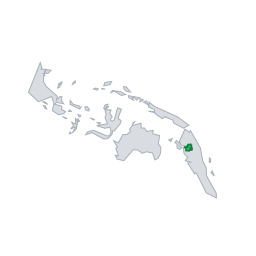 location of Musi Banyuasin, Sumatera Selatan, Indonesia, rotated 198°
{"feature_id": "22746128B84212736337013", "entity_name": "Musi Banyuasin", "entity_type": "district", "adm_level": 2, "iso_a3": "IDN", "parent_name": "Indonesia", "parent_adm1": "Sumatera Selatan", "projection": "orthographic", "projection_center": [103.65, -2.496], "detail": "fine", "context": "in_parent", "style": "filled", "palette": "green", "viewbox_px": 256, "rotation_deg": 198, "n_neighbors": 0, "source": "geoboundaries", "source_scale": "gbopen_adm2", "svg_char_len": 5417}
<svg xmlns="http://www.w3.org/2000/svg" viewBox="0 0 256 256"><g transform="rotate(198 128 128)"><path d="M92.6,106.0L96.9,111.8L103.2,111.1L106.5,108.4L112.0,110.0L116.3,109.0L121.8,95.7L128.6,95.0L131.8,98.2L128.4,98.5L133.3,104.9L132.0,106.4L137.7,111.5L132.6,110.9L130.9,120.1L127.0,121.4L124.8,125.0L126.1,127.5L124.6,131.6L117.1,136.6L115.4,132.0L112.3,133.1L109.1,130.5L103.4,133.5L102.6,130.2L95.6,130.6L94.3,122.2L90.8,119.9L89.3,114.2L89.9,108.6L92.6,106.0ZM22.3,88.8L33.5,90.5L48.0,105.2L49.7,106.4L50.5,104.9L60.3,113.1L57.9,114.9L63.4,114.5L62.3,118.7L66.8,121.0L69.2,126.2L68.2,128.7L71.9,127.6L75.0,131.2L73.5,144.5L68.1,143.0L67.9,144.9L53.1,131.5L46.9,120.0L41.3,114.2L38.5,106.8L23.9,93.2L22.3,88.8ZM233.7,131.2L231.7,163.1L228.4,158.5L228.9,157.2L224.0,158.5L225.0,155.4L223.8,153.7L224.3,153.5L225.0,153.6L225.5,153.5L223.3,152.1L224.4,151.8L222.6,145.9L218.5,142.2L205.0,136.3L204.6,132.6L202.6,136.7L200.5,137.4L199.9,133.6L196.6,131.1L204.0,130.4L205.0,127.9L198.1,128.4L196.6,125.0L192.5,124.3L193.7,121.5L198.6,119.2L205.3,121.2L206.2,128.9L210.5,134.3L221.2,125.3L233.7,131.2ZM165.2,111.9L160.0,115.2L145.2,113.9L143.4,115.1L142.8,119.1L145.6,123.2L149.9,120.6L158.5,120.5L148.8,125.7L153.1,130.8L152.9,134.3L155.7,138.2L149.7,139.9L149.9,136.6L146.5,133.7L147.4,130.0L145.5,129.5L143.6,130.9L144.1,143.9L140.0,143.9L140.5,136.2L139.8,133.6L137.0,133.0L136.7,129.7L140.2,120.8L141.8,120.6L141.2,116.8L143.8,111.7L147.6,110.0L160.8,112.5L166.2,108.5L165.2,111.9ZM75.1,145.0L86.1,146.8L87.8,149.3L96.3,150.1L98.3,147.5L106.5,150.0L108.7,153.6L115.3,154.4L115.2,157.3L116.0,159.1L109.7,156.7L84.0,153.8L71.1,149.5L75.1,145.0ZM178.1,112.8L182.3,109.4L180.5,113.4L183.3,116.0L178.8,115.5L181.2,121.4L177.9,118.2L176.7,111.4L179.4,106.2L178.1,112.8ZM180.0,131.1L190.5,132.6L191.4,136.2L187.3,133.5L181.4,134.0L179.7,132.5L178.7,134.2L180.0,131.1ZM154.5,158.8L146.3,160.3L140.7,159.0L144.5,156.9L152.4,158.9L155.2,156.4L154.5,158.8ZM131.2,156.3L136.7,157.0L137.5,158.9L126.5,160.4L128.4,157.3L132.1,159.1L133.4,158.4L131.2,156.3ZM164.1,160.6L164.1,164.1L157.9,167.2L158.4,163.8L164.1,160.6ZM75.1,124.1L76.6,128.0L78.8,128.6L78.1,131.0L74.8,129.8L73.8,126.6L70.6,125.9L72.2,123.7L75.1,124.1ZM222.5,158.7L219.0,159.1L221.0,155.2L223.8,154.4L224.6,155.9L222.5,158.7ZM141.5,162.4L143.9,164.1L145.0,166.0L142.4,166.6L136.6,163.0L141.5,162.4ZM174.0,132.1L175.6,134.8L173.2,135.7L170.4,133.6L170.5,132.1L174.0,132.1ZM115.6,156.2L121.4,157.4L118.7,159.5L115.6,156.2ZM124.8,156.5L125.5,159.8L122.1,159.3L124.8,156.5ZM85.7,129.2L82.7,131.7L83.0,128.5L85.7,129.2ZM207.2,144.3L207.6,148.6L206.5,148.7L205.6,145.6L207.2,144.3ZM113.8,150.3L109.3,151.5L107.3,150.8L113.8,150.3ZM157.1,139.0L157.0,142.8L154.4,144.4L155.5,139.3L157.1,139.0ZM31.1,109.0L35.3,111.2L34.7,113.2L31.1,109.0ZM41.3,124.7L39.7,123.9L38.9,120.7L40.2,120.6L41.3,124.7ZM192.7,156.5L192.0,155.0L194.3,152.2L194.1,154.7L192.7,156.5ZM189.8,117.6L194.0,118.7L189.2,118.2L189.8,117.6ZM163.0,124.9L167.1,126.0L162.6,125.8L163.0,124.9ZM155.1,140.8L152.8,142.7L154.8,139.3L155.1,140.8ZM211.3,120.9L213.4,121.4L215.4,123.2L213.5,123.6L211.3,120.9ZM172.9,154.5L171.4,155.9L168.3,156.0L169.2,154.4L172.9,154.5ZM206.8,149.3L205.8,151.2L204.8,151.1L205.1,148.0L206.8,149.3ZM179.9,125.2L177.3,125.5L176.6,124.8L177.7,123.5L179.9,125.2ZM211.6,125.6L214.6,126.0L217.5,126.8L214.7,127.1L211.6,125.6ZM156.1,122.4L158.9,123.7L156.0,124.4L156.1,122.4ZM182.0,106.2L180.2,105.8L181.9,104.3L182.0,106.2ZM161.8,158.0L164.9,156.9L165.2,157.6L161.8,158.0ZM189.7,125.5L189.2,127.3L187.0,126.3L188.1,125.8L189.7,125.5ZM124.9,134.7L123.6,135.9L124.7,132.2L124.9,134.7ZM177.4,118.5L178.8,121.0L178.2,121.3L176.2,119.4L177.4,118.5Z" fill="#d9dde1" stroke="#a8b0b8" stroke-width="1"/><path d="M65.8,124.4L64.5,124.7L64.0,124.8L63.9,124.9L63.4,125.0L63.2,125.0L62.8,125.2L62.7,125.2L62.7,125.3L62.6,125.5L62.8,125.7L62.8,125.8L62.8,126.0L62.7,126.0L62.7,126.3L62.8,126.4L62.8,126.5L62.7,126.6L62.4,126.6L62.3,126.8L62.4,127.0L62.3,127.3L62.3,127.5L62.2,127.4L62.1,127.2L61.9,127.1L61.8,126.9L61.7,126.9L61.6,126.7L61.4,126.5L61.4,126.4L61.1,126.4L61.0,126.5L61.0,126.8L61.0,127.0L61.2,127.3L60.9,127.4L60.8,127.5L60.7,127.5L60.7,127.4L60.4,127.4L60.2,127.4L60.2,127.5L60.3,127.7L60.4,127.8L60.5,127.9L60.6,128.0L60.8,128.0L61.0,128.2L61.1,128.3L61.3,128.3L61.3,128.2L61.5,128.0L61.4,128.1L61.5,128.2L61.6,128.3L61.8,128.3L61.8,128.5L61.8,129.0L61.6,129.3L61.4,129.4L61.8,129.8L62.2,130.0L62.1,130.3L62.3,130.4L62.3,130.5L62.4,130.8L62.5,130.8L62.6,131.0L62.8,131.1L63.0,131.2L62.9,131.3L63.0,131.3L63.1,131.5L63.3,131.6L63.2,131.7L63.2,131.8L63.3,131.8L63.5,131.9L63.7,132.0L63.8,131.9L64.0,131.6L64.0,131.4L64.1,131.2L64.3,131.1L64.5,131.0L64.5,130.9L64.7,130.7L64.8,130.7L65.1,130.8L65.3,130.7L65.5,130.7L65.7,130.8L65.8,130.9L65.9,130.7L65.9,130.4L65.9,130.2L65.7,130.0L65.7,129.9L65.8,129.8L65.8,129.7L66.0,129.6L66.1,129.4L66.1,129.2L66.3,129.0L66.3,128.9L66.2,128.9L66.1,128.7L65.9,128.6L65.7,128.5L65.7,128.4L65.6,128.5L65.5,128.4L65.4,128.4L65.5,128.2L65.3,128.0L65.4,127.9L65.5,127.8L65.8,127.9L65.8,128.0L66.0,128.2L66.1,128.3L66.4,128.3L66.5,128.2L66.8,128.0L66.9,127.9L67.0,127.9L67.3,127.9L67.5,127.8L67.6,127.7L67.8,127.6L68.0,127.5L68.2,127.3L68.2,127.1L67.9,127.0L67.7,127.0L67.4,126.9L67.2,126.7L67.0,126.4L66.9,126.3L66.8,126.1L66.6,125.9L66.3,125.5L66.2,125.4L66.1,125.2L65.8,124.7L65.8,124.4Z" fill="#22c55e" stroke="#15803d" stroke-width="1.5"/></g></svg>